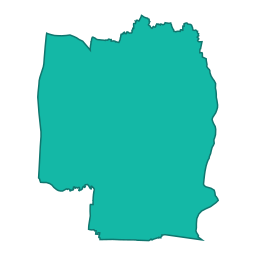 Samraong, Takêv, Cambodia
{"feature_id": "14789045B98729141665077", "entity_name": "Samraong", "entity_type": "district", "adm_level": 2, "iso_a3": "KHM", "parent_name": "Cambodia", "parent_adm1": "Takêv", "projection": "robinson", "projection_center": [104.774, 11.131], "detail": "fine", "context": "isolated", "style": "filled", "palette": "teal", "viewbox_px": 256, "rotation_deg": 0, "n_neighbors": 0, "source": "geoboundaries", "source_scale": "gbopen_adm2", "svg_char_len": 5674}
<svg xmlns="http://www.w3.org/2000/svg" viewBox="0 0 256 256"><path d="M38.6,177.9L39.5,178.9L40.0,180.7L40.6,182.3L43.3,182.5L46.4,182.5L49.8,183.6L52.0,185.1L53.9,187.4L56.5,189.5L58.3,190.5L60.6,191.0L62.6,191.0L66.4,188.9L67.4,189.4L68.0,188.9L68.6,189.0L69.2,189.2L69.8,189.5L69.8,190.2L70.1,190.9L70.7,190.8L71.0,190.1L71.6,190.2L72.3,190.1L72.9,190.0L73.4,189.6L73.1,188.9L73.2,188.2L73.7,187.7L73.6,187.1L74.2,186.9L74.8,187.6L75.0,188.2L75.6,188.1L75.9,187.4L77.0,187.6L77.5,188.0L78.1,187.7L78.6,187.4L79.3,187.5L79.6,188.2L79.3,188.9L79.0,189.7L78.8,190.4L79.4,190.7L79.9,190.4L80.4,189.9L81.1,189.9L82.4,188.8L82.4,188.1L82.6,187.5L82.9,187.0L83.4,186.4L83.9,186.7L84.3,187.4L84.9,187.2L85.3,186.4L84.9,185.8L84.9,185.1L85.5,184.7L86.1,184.8L86.8,184.5L87.5,184.5L88.0,185.1L88.6,185.6L88.9,186.2L89.3,186.8L89.7,187.6L90.5,188.7L91.2,188.8L91.2,188.1L91.0,187.6L90.9,186.9L91.2,186.2L91.9,186.3L92.4,186.8L92.6,187.4L93.2,187.5L93.6,188.0L93.9,188.6L94.3,189.1L94.2,190.4L93.9,191.5L93.7,192.5L93.7,193.2L93.5,194.0L93.3,196.3L93.2,197.1L93.2,197.9L93.1,199.0L93.1,199.8L92.9,200.5L93.1,201.1L93.1,202.0L93.0,202.9L93.0,203.6L93.1,204.5L90.4,204.5L90.2,205.3L90.1,211.1L90.3,216.0L88.9,224.9L88.7,226.8L88.6,229.3L89.7,229.6L90.9,229.8L91.7,229.9L93.0,229.8L93.9,229.7L94.6,230.8L95.4,230.8L96.1,230.8L96.0,231.7L95.9,232.3L95.7,234.1L96.6,234.2L97.2,234.2L97.9,234.3L97.9,233.3L98.1,232.6L98.7,232.7L99.7,232.8L99.6,233.8L99.5,234.5L99.3,235.3L99.0,235.9L98.9,236.8L98.9,237.5L99.6,237.6L100.0,238.1L100.0,238.7L100.0,239.6L112.6,239.4L115.2,239.5L119.8,239.7L125.6,239.8L135.5,239.9L137.2,240.2L140.5,240.3L148.9,240.6L150.5,239.6L151.0,239.1L151.5,239.8L152.5,239.8L153.0,239.3L156.5,238.2L157.1,238.0L157.8,237.8L158.7,238.0L158.9,237.3L159.5,237.5L160.8,237.8L160.9,237.0L161.4,236.4L162.0,235.9L161.8,235.1L162.4,235.0L163.1,235.0L164.1,234.7L165.4,234.7L202.1,239.9L200.4,238.6L199.0,237.7L198.0,236.9L198.5,235.9L197.9,234.7L196.7,232.9L195.9,230.9L196.4,227.8L196.4,223.6L196.8,218.6L198.8,214.0L201.6,211.0L205.7,208.8L210.6,206.6L215.9,202.7L218.2,200.4L217.7,198.9L216.2,196.6L215.3,195.7L214.9,192.7L214.2,190.2L211.1,188.3L205.9,186.8L204.3,185.7L203.5,184.2L204.0,179.2L204.6,174.1L205.1,170.8L206.1,165.9L207.2,162.3L208.1,160.0L209.1,158.4L209.4,156.5L210.6,153.6L211.3,150.4L212.1,147.4L213.4,145.2L214.2,143.3L214.0,141.5L213.9,139.7L214.6,137.9L215.5,134.8L215.6,132.6L215.7,129.3L215.2,126.5L214.0,124.4L213.0,122.3L212.1,119.6L212.6,117.6L214.2,115.1L215.7,112.8L216.8,109.9L217.5,107.6L217.6,105.0L217.0,100.8L216.3,97.3L216.3,94.3L216.0,91.0L215.4,88.0L215.5,86.6L215.6,83.5L214.2,80.7L212.7,78.7L211.2,76.2L210.9,75.5L209.9,72.5L209.8,70.6L209.3,69.6L208.1,68.5L206.7,66.4L207.0,64.6L206.3,60.7L206.2,58.8L202.4,57.0L202.4,54.7L202.3,53.3L202.0,52.7L199.8,52.7L199.9,49.2L200.6,48.8L200.7,47.9L202.0,41.7L198.9,41.8L198.0,41.2L197.6,40.5L197.9,39.9L198.8,38.9L197.9,37.7L197.2,37.2L197.5,36.6L198.7,35.8L198.2,35.2L198.4,34.4L198.6,33.8L197.6,33.2L197.4,32.5L197.5,31.3L196.9,31.3L196.4,30.8L196.0,30.2L195.4,30.1L194.7,30.4L194.1,30.4L192.9,30.0L192.5,27.6L192.1,26.7L191.8,26.1L191.7,25.4L190.7,24.5L190.1,24.4L187.8,24.1L187.4,23.4L186.9,23.0L186.0,23.0L185.4,23.3L184.8,23.4L183.9,24.0L184.1,24.8L184.1,26.2L183.5,26.1L182.9,26.1L182.8,27.7L182.8,28.7L182.8,30.3L182.1,30.3L181.5,29.8L180.8,29.7L180.3,30.1L180.3,30.7L180.2,31.4L179.1,31.3L178.3,31.3L177.1,31.3L176.5,31.5L176.0,31.8L175.3,31.7L174.6,31.3L174.0,31.4L173.6,30.6L173.5,29.5L173.0,29.2L172.3,27.6L172.0,27.0L171.8,26.4L171.5,25.8L171.5,25.0L170.9,23.8L170.7,23.0L170.0,23.2L169.4,23.2L168.6,23.2L167.9,23.3L167.3,23.0L166.7,23.0L165.1,22.7L164.8,23.5L164.4,24.1L163.8,24.5L163.0,24.7L162.4,24.6L161.6,24.2L161.0,24.1L160.4,24.1L160.3,24.8L159.7,24.4L159.1,24.6L158.5,24.5L158.0,23.9L157.5,24.2L156.7,24.0L156.5,24.6L156.1,25.1L155.8,25.7L155.8,26.3L155.0,27.2L154.4,27.0L153.8,26.7L153.3,26.5L152.8,27.1L152.6,27.7L152.0,28.3L151.3,27.8L150.8,27.5L150.4,26.9L150.1,26.1L149.5,25.7L149.0,25.5L148.4,24.8L149.1,23.5L149.3,22.8L149.5,22.2L149.8,21.5L149.1,21.1L149.2,20.2L149.0,19.2L147.9,18.8L147.6,18.2L146.2,17.9L145.6,17.7L143.7,16.9L143.2,16.5L142.1,15.7L141.5,15.4L141.3,16.2L140.7,17.7L140.3,18.5L139.9,19.1L139.5,19.7L139.3,20.7L138.7,21.0L138.0,20.7L137.3,20.2L136.4,20.3L136.1,21.3L135.4,21.2L135.8,21.9L135.6,22.9L135.4,23.5L134.9,23.3L134.3,23.5L133.7,23.6L133.6,24.2L133.6,25.0L133.7,26.1L133.7,28.4L132.8,28.3L132.7,29.8L132.0,30.2L131.9,31.1L132.2,31.7L131.9,32.5L131.5,33.0L130.6,33.0L129.6,33.2L129.1,32.9L128.5,32.6L128.1,32.1L127.0,31.9L126.6,32.4L126.6,33.3L126.1,33.7L125.1,33.6L124.7,32.7L124.3,32.2L123.7,32.6L123.5,33.4L123.0,33.3L122.8,33.9L122.1,33.9L121.7,34.5L121.1,34.4L120.9,35.1L120.7,36.9L120.4,37.7L120.3,38.3L120.2,39.1L120.1,39.8L119.7,40.5L119.4,41.3L118.8,42.5L118.0,42.3L117.5,42.2L116.3,41.8L115.5,41.9L115.1,41.2L113.6,40.9L112.9,41.0L112.3,41.1L111.2,41.1L111.3,40.3L111.2,39.6L110.6,39.7L109.4,39.3L108.8,39.1L108.1,39.5L107.8,40.2L107.1,40.2L106.4,40.1L105.8,40.0L105.3,40.5L104.5,40.3L103.8,40.2L102.8,40.1L101.2,40.0L100.4,39.9L99.8,39.8L98.3,39.7L97.7,39.6L96.7,39.4L96.0,38.9L95.0,38.1L94.0,37.7L93.3,37.3L92.8,37.1L92.2,37.4L92.0,38.3L91.7,38.9L91.6,39.8L91.5,40.9L91.0,41.4L91.1,42.0L90.9,42.9L90.9,43.7L90.7,44.8L90.5,45.7L90.4,47.1L90.2,48.3L90.3,50.2L82.7,41.2L79.1,39.5L76.6,37.8L73.8,36.5L70.0,35.0L66.2,35.5L61.8,35.8L57.8,35.7L54.5,35.5L51.2,34.7L48.1,33.8L46.7,33.2L46.2,36.5L45.2,46.8L44.3,57.6L43.9,63.5L43.3,66.9L39.9,77.4L39.2,80.6L38.9,84.7L38.1,92.4L37.8,97.2L39.0,113.1L40.5,127.3L41.0,131.8L41.0,136.8L40.3,146.4L39.8,156.1L39.1,169.4L38.6,177.9Z" fill="#14b8a6" stroke="#0f766e" stroke-width="1.5"/></svg>